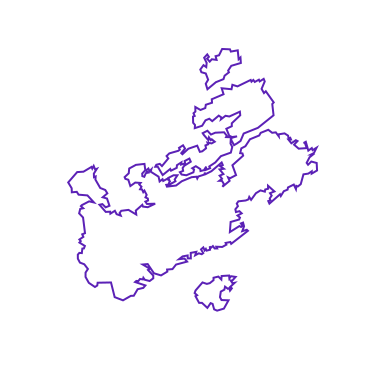 outline of Tjøme nor, Norway, rotated 246°
{"feature_id": "86288312B10899957207180", "entity_name": "Tjøme nor", "entity_type": "district", "adm_level": 2, "iso_a3": "NOR", "parent_name": "Norway", "parent_adm1": "", "projection": "equal_earth", "projection_center": [10.411, 59.111], "detail": "fine", "context": "isolated", "style": "outline", "palette": "violet", "viewbox_px": 384, "rotation_deg": 246, "n_neighbors": 0, "source": "geoboundaries", "source_scale": "gbopen_adm2", "svg_char_len": 6097}
<svg xmlns="http://www.w3.org/2000/svg" viewBox="0 0 384 384"><g transform="rotate(246 192 192)"><path d="M151.0,60.8L144.7,64.7L145.1,67.4L147.5,68.9L142.3,81.2L127.4,78.6L121.1,84.9L122.0,93.9L120.9,96.6L125.3,102.8L124.2,108.5L125.6,111.4L132.9,103.4L133.4,105.0L132.5,106.8L133.7,109.1L132.1,111.6L133.4,112.7L131.0,113.2L127.9,117.1L128.9,121.5L131.4,122.6L138.7,120.1L139.0,122.3L145.8,117.5L144.2,122.2L133.2,124.2L128.4,129.8L129.3,137.1L131.3,137.7L129.5,142.8L132.2,147.9L130.4,159.2L134.2,158.1L135.9,152.8L137.0,157.2L135.8,162.2L133.1,161.1L131.8,163.9L136.9,166.1L135.6,171.6L132.9,169.2L133.2,173.3L131.2,175.6L131.6,177.4L135.9,176.9L136.8,179.8L133.5,179.8L134.4,181.5L132.5,181.5L131.9,185.0L135.2,186.2L133.2,186.2L134.1,189.1L131.2,189.7L130.2,192.0L132.1,192.0L129.5,197.3L129.9,202.0L131.8,202.0L130.7,206.7L128.7,206.7L133.8,227.3L135.2,226.7L135.8,222.0L139.5,225.6L143.3,226.2L143.4,223.9L140.5,224.4L140.1,222.6L141.6,221.5L140.0,210.3L148.9,215.1L147.7,223.9L149.1,225.4L152.0,224.0L152.3,228.7L155.2,227.5L155.8,224.0L158.6,224.6L160.4,228.2L163.2,228.2L164.6,230.6L162.4,237.6L162.3,240.5L164.2,242.3L160.8,242.8L164.9,249.9L165.6,255.2L162.7,258.7L164.5,259.9L164.0,262.8L166.8,264.0L159.0,267.5L159.2,262.8L156.3,263.3L154.5,260.4L152.6,260.3L152.7,258.0L149.9,258.0L154.1,271.5L152.2,271.5L155.4,276.2L155.3,280.3L157.1,281.5L157.4,288.0L152.3,288.1L155.1,289.9L154.0,290.9L154.9,294.5L162.8,301.0L161.5,305.7L162.2,309.8L160.1,308.8L160.8,315.0L167.8,317.7L171.3,313.4L169.7,309.1L172.0,308.6L175.9,313.5L176.9,317.4L177.8,315.7L178.0,319.2L181.8,323.8L181.2,319.2L183.4,319.3L182.5,315.1L191.6,316.4L191.4,313.9L190.9,315.1L185.4,314.7L188.2,307.1L193.7,304.5L195.6,309.1L197.1,307.9L196.1,302.6L200.7,301.4L199.7,303.8L201.6,303.8L201.6,302.0L204.4,302.7L207.9,300.4L209.5,294.5L207.6,293.9L212.4,292.8L213.5,289.3L217.8,287.0L218.1,278.8L216.3,276.4L216.6,266.4L212.1,259.4L211.8,254.8L207.9,251.8L206.7,253.8L204.4,253.5L200.0,239.8L189.5,239.1L189.1,232.3L190.7,230.9L186.9,230.9L184.4,222.0L186.2,224.4L190.0,223.9L191.1,221.5L191.9,224.8L195.7,223.9L195.6,228.0L201.4,226.4L200.3,230.5L204.2,228.2L204.1,231.1L206.9,231.1L203.1,218.2L202.8,211.7L204.7,211.2L202.8,211.1L203.6,204.1L202.2,202.3L204.1,202.4L205.7,197.7L206.0,187.1L204.4,180.1L207.1,171.3L209.0,171.4L208.4,173.7L209.8,174.9L207.9,174.9L208.6,181.3L210.5,181.3L213.2,185.5L214.8,182.0L214.5,176.1L211.7,176.1L214.1,174.4L213.8,170.2L215.7,170.3L214.8,166.7L219.6,167.7L227.4,162.5L229.2,164.0L228.3,161.6L231.2,161.7L230.4,158.7L227.5,159.9L228.0,157.5L225.3,154.6L226.7,153.1L229.1,154.0L230.9,158.2L237.0,160.0L239.6,151.8L239.0,144.2L234.8,141.8L233.0,136.5L231.1,136.5L229.1,138.8L222.5,138.1L223.7,144.0L221.2,148.7L220.3,146.9L217.4,148.0L215.6,145.7L214.6,147.4L211.7,147.4L212.6,149.1L207.8,149.4L206.0,147.3L204.0,149.0L202.1,148.4L202.2,145.5L199.4,146.0L196.3,153.6L196.1,145.4L198.6,141.3L200.5,141.4L197.9,133.1L194.1,131.9L201.5,126.7L203.6,119.7L202.3,117.4L199.4,117.3L202.4,114.1L206.2,113.9L205.4,108.6L207.3,109.2L208.9,105.1L218.0,102.3L217.4,105.2L213.1,106.9L213.0,111.0L220.6,111.7L223.5,108.3L225.2,114.1L229.1,113.6L233.0,109.8L242.6,108.8L245.4,110.3L245.4,108.5L248.7,109.8L251.9,114.5L252.0,112.7L255.8,112.8L253.9,110.4L255.8,110.4L254.7,101.1L256.9,95.2L251.1,82.8L244.4,83.6L240.6,82.1L239.0,86.8L235.7,87.3L231.4,95.1L222.3,98.2L225.3,94.2L224.8,86.0L224.3,84.8L221.4,86.0L222.0,83.0L218.4,80.2L213.0,82.1L197.9,77.5L198.0,74.5L195.2,74.5L194.4,69.8L192.4,70.4L191.6,68.6L186.3,72.2L184.4,70.3L184.9,68.8L181.0,66.5L182.2,64.3L181.2,62.2L177.5,60.6L173.1,60.9L169.8,64.2L164.0,65.6L161.7,62.0L157.7,60.2L151.0,60.8ZM252.0,222.0L249.2,220.5L248.4,228.2L252.0,233.5L251.9,237.6L248.5,239.3L250.9,247.5L248.1,249.2L246.6,248.0L248.0,253.6L245.8,256.8L245.9,268.4L242.5,267.3L238.6,256.3L235.9,255.1L235.8,249.1L228.3,248.9L225.9,251.0L224.5,255.8L225.4,250.0L223.5,249.0L217.7,249.5L218.1,253.0L218.9,257.1L224.4,263.0L223.8,278.3L228.9,297.7L239.7,301.1L240.6,303.1L254.0,300.4L253.1,298.0L257.9,297.5L263.4,303.4L266.2,303.5L265.5,298.8L267.4,298.8L267.0,294.1L269.4,293.6L268.6,291.2L270.5,291.2L270.0,276.5L273.5,272.5L269.8,269.9L274.7,261.3L268.5,260.6L268.7,247.8L265.4,246.6L266.1,240.1L263.3,238.3L263.5,233.1L268.3,229.6L264.1,227.8L263.3,225.4L260.4,225.4L260.5,223.6L254.8,221.2L252.0,222.0ZM231.4,170.5L230.0,168.7L229.0,171.0L219.4,172.1L221.9,181.5L220.0,181.5L220.3,187.9L222.6,189.1L223.4,194.4L221.5,193.2L220.9,197.3L223.3,197.9L223.6,203.2L220.2,203.2L219.1,195.5L217.7,193.2L214.9,192.5L215.0,189.0L212.2,189.6L209.6,193.6L209.4,201.3L211.7,203.0L213.6,201.9L214.0,206.0L209.6,208.9L207.7,208.3L207.1,211.8L209.4,215.3L206.6,213.5L206.4,218.2L208.3,218.2L209.5,225.3L213.0,233.0L212.2,243.5L216.8,247.1L220.6,246.9L226.2,249.8L228.3,245.5L229.2,246.7L233.5,245.6L236.7,237.4L236.8,232.7L241.7,231.0L241.4,225.7L239.4,226.0L232.7,228.0L235.0,229.7L231.7,230.3L232.1,231.5L228.7,233.2L228.4,229.7L230.9,226.2L229.0,226.1L229.1,223.2L226.2,222.6L225.0,217.9L225.5,215.5L232.2,215.6L233.0,206.3L230.4,198.6L231.9,198.0L234.5,203.3L238.3,202.8L237.6,198.1L235.7,198.1L235.2,196.3L236.5,187.0L235.2,183.4L232.3,184.0L227.9,175.1L230.8,174.0L231.4,170.5ZM288.0,252.4L285.3,248.6L279.6,247.9L282.6,258.5L282.3,266.7L285.0,269.1L286.3,274.4L288.2,274.4L291.3,279.2L290.0,289.1L295.2,291.0L294.3,288.6L302.8,291.4L304.5,284.6L306.9,284.7L310.4,277.7L305.9,272.3L306.5,268.8L302.7,268.2L305.2,264.1L303.9,261.2L307.7,260.0L308.6,262.4L311.5,261.9L309.7,257.7L304.0,257.9L300.3,255.8L303.2,254.1L300.5,249.4L297.6,249.3L294.7,252.8L288.0,252.4ZM95.4,152.8L87.8,153.4L86.7,156.0L79.9,158.9L82.9,163.8L81.4,165.3L75.8,164.5L73.4,166.7L72.5,173.7L78.2,181.3L81.3,175.0L84.6,174.8L89.3,177.8L89.6,181.8L92.1,183.7L89.0,185.4L89.1,186.9L86.4,186.6L87.8,189.2L89.8,188.4L91.7,194.0L92.2,191.9L95.5,191.3L94.7,192.8L96.7,197.3L99.2,193.4L97.9,191.0L100.6,191.9L103.2,184.9L100.1,183.2L104.0,181.7L104.9,176.8L102.7,175.8L101.5,171.2L102.0,168.2L105.1,164.8L100.6,155.2L98.6,153.3L95.6,154.7L95.4,152.8Z" fill="none" stroke="#5b21b6" stroke-width="2"/></g></svg>